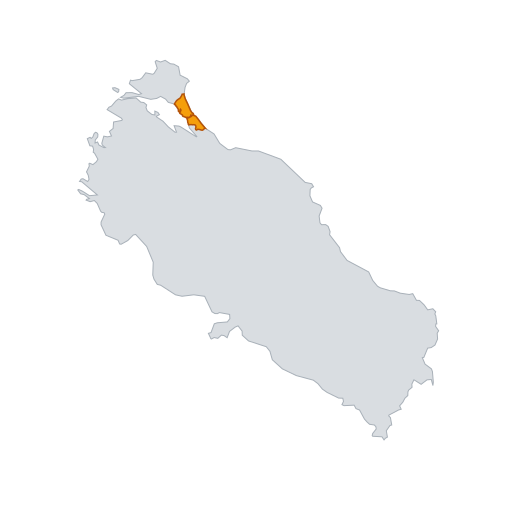 where Istanbul sits in Turkey, rotated 41°
{"feature_id": "TUR-2265", "entity_name": "Istanbul", "entity_type": "Province", "adm_level": 1, "iso_a3": "TUR", "parent_name": "Turkey", "parent_adm1": "", "projection": "mercator", "projection_center": [28.93, 41.208], "detail": "fine", "context": "in_parent", "style": "filled", "palette": "amber", "viewbox_px": 512, "rotation_deg": 41, "n_neighbors": 0, "source": "natural_earth", "source_scale": "10m", "svg_char_len": 5395}
<svg xmlns="http://www.w3.org/2000/svg" viewBox="0 0 512 512"><g transform="rotate(41 256 256)"><path d="M399.0,181.6L406.2,184.2L408.5,182.3L415.0,182.6L420.9,184.0L424.1,179.8L428.2,180.2L429.0,182.4L430.9,183.2L437.0,188.6L436.3,189.3L437.7,191.3L442.9,192.6L443.4,195.4L447.5,199.5L449.5,205.8L448.3,210.2L446.0,212.9L449.2,222.4L448.2,223.6L454.5,226.7L462.5,226.1L465.0,227.5L472.6,234.9L474.5,237.7L469.3,234.2L466.3,237.3L464.8,244.5L456.4,245.8L457.7,250.5L459.9,252.7L459.2,257.1L459.8,258.9L462.1,261.7L461.7,265.7L462.7,269.9L462.7,274.9L466.1,276.4L464.6,278.7L460.7,288.8L461.0,289.6L463.5,289.8L469.3,294.5L468.3,296.0L469.0,302.4L474.0,306.5L473.2,308.7L473.3,310.8L469.7,309.8L462.3,315.5L461.5,315.3L460.5,313.4L460.2,307.7L458.5,306.2L456.2,305.9L452.1,308.5L448.5,308.4L444.8,307.9L435.2,304.3L431.6,305.6L427.9,304.2L420.6,311.2L418.4,311.8L417.4,308.3L414.8,306.4L411.6,309.0L399.2,312.3L393.4,312.9L386.5,311.7L380.7,312.1L364.9,319.8L349.9,323.9L336.4,323.6L329.1,318.8L323.3,317.7L306.1,325.0L297.6,324.8L294.8,321.8L288.3,320.5L286.9,323.4L285.5,330.3L287.8,336.6L284.2,337.0L281.8,338.4L281.2,343.2L277.9,345.0L276.8,347.9L276.2,348.0L270.8,345.6L272.3,343.3L269.0,334.5L270.6,331.8L277.6,324.6L277.4,320.4L274.4,317.4L265.5,322.7L264.7,324.8L262.7,326.4L259.4,327.0L243.7,320.1L234.5,326.1L226.6,334.9L220.7,338.1L203.2,340.6L200.1,342.2L194.2,340.4L190.6,338.1L182.5,328.1L167.2,320.5L151.0,318.7L149.6,320.7L149.1,328.4L146.5,335.6L145.2,336.4L141.6,334.6L129.2,338.8L118.6,334.1L116.8,332.0L114.4,323.6L112.8,323.0L111.1,324.2L109.3,324.1L101.7,320.5L97.6,320.2L95.2,323.8L91.1,325.3L91.0,324.3L92.6,322.0L86.2,322.4L82.8,324.1L78.2,323.1L78.5,322.1L82.3,321.0L90.8,319.7L96.2,314.0L75.8,314.3L73.9,315.5L73.6,312.6L74.7,311.2L80.1,310.2L79.7,307.7L76.4,305.1L72.9,303.7L71.2,297.5L69.4,296.0L69.6,295.1L73.0,294.0L73.7,289.5L73.2,286.7L66.6,284.3L65.1,284.5L63.5,282.1L60.6,280.3L58.3,281.8L51.7,278.1L52.9,275.3L54.5,275.4L54.8,273.3L53.5,269.8L53.7,267.9L55.1,267.4L56.8,267.8L58.4,269.9L58.6,273.9L60.4,276.3L61.6,273.9L64.7,275.3L70.1,274.0L71.2,273.0L67.2,273.1L65.7,272.1L62.5,265.4L65.8,263.5L68.2,260.2L63.6,258.1L64.5,253.5L60.6,248.3L65.8,241.7L65.6,240.7L63.9,240.3L47.6,243.2L47.4,240.2L48.6,237.6L48.5,231.1L49.2,227.6L52.2,226.6L55.9,221.5L61.9,215.4L68.1,215.5L70.6,213.8L74.4,213.7L75.5,216.1L78.7,217.8L84.5,217.5L87.2,215.9L84.6,213.0L87.8,212.0L90.4,212.7L89.1,216.0L89.8,216.3L97.3,215.3L105.1,216.1L113.7,215.7L114.8,214.7L108.7,211.4L112.6,208.5L114.7,207.9L132.8,205.2L132.9,204.6L121.8,203.1L116.1,199.2L114.5,197.1L115.7,192.0L116.9,190.6L120.9,190.4L134.5,192.8L144.2,191.4L154.8,194.8L165.0,194.1L167.1,192.6L169.6,187.6L184.0,179.4L189.0,175.1L211.3,166.7L244.8,168.2L250.6,164.9L254.0,166.0L253.1,168.2L253.2,170.2L257.2,175.2L263.2,178.1L271.4,175.6L274.5,176.6L277.4,184.4L282.5,189.0L284.9,189.4L288.0,186.6L291.0,186.3L295.9,189.0L297.6,191.7L313.6,194.9L316.9,197.3L327.6,199.6L351.5,194.1L360.2,197.9L367.5,199.1L370.6,198.5L380.3,194.1L383.3,191.6L389.3,189.4L396.9,184.5L399.0,181.6ZM91.0,167.8L90.4,171.3L91.8,175.2L95.2,180.5L98.6,183.2L114.8,190.4L112.5,197.1L108.5,198.1L94.6,194.9L89.0,197.6L84.9,196.9L79.3,198.1L77.7,202.2L73.8,206.8L62.7,212.5L52.6,223.7L49.7,225.1L51.0,221.3L50.8,218.0L55.3,214.0L61.5,211.1L63.1,208.6L47.4,209.1L45.9,205.6L47.5,204.9L52.6,198.7L53.1,196.2L52.6,190.1L58.8,186.6L59.3,185.1L58.3,179.1L52.4,175.5L52.5,173.8L56.7,172.2L59.1,167.9L65.2,167.1L68.1,165.1L73.4,164.0L80.1,169.3L87.9,167.3L91.0,167.8ZM44.4,223.3L39.1,224.2L37.5,223.3L39.1,221.5L43.2,220.2L44.5,222.0L44.4,223.3Z" fill="#d9dde1" stroke="#a8b0b8" stroke-width="1"/><path d="M95.3,180.9L96.0,181.6L99.5,183.8L104.4,185.9L111.4,189.3L113.7,189.8L113.8,189.8L114.1,190.0L114.2,189.9L114.4,189.6L114.5,189.6L115.1,189.6L115.7,189.9L116.0,190.2L115.8,191.0L115.5,191.5L115.1,192.0L114.7,192.3L114.4,192.4L114.5,192.6L114.7,192.8L114.8,193.0L115.0,193.3L115.1,193.6L114.9,193.7L114.8,194.3L114.7,194.9L114.5,195.3L114.2,195.7L114.0,195.9L113.6,196.0L113.4,196.1L113.3,196.4L113.2,196.6L113.3,196.8L113.3,197.1L113.2,197.3L112.6,197.2L112.4,197.1L112.2,197.1L111.9,197.4L111.9,197.5L111.6,197.5L111.2,197.8L110.3,198.0L110.1,198.1L109.9,198.3L109.7,198.4L109.4,198.5L108.9,198.5L108.6,198.4L108.5,198.2L108.3,198.0L107.7,197.9L105.0,198.3L104.3,198.0L104.5,197.0L104.2,196.8L104.0,196.7L103.8,196.6L104.0,195.9L103.8,195.3L103.3,194.9L102.7,194.8L102.8,195.2L103.3,195.7L103.5,196.2L103.5,196.5L103.5,197.0L103.3,197.4L103.0,197.6L102.4,197.6L101.2,196.3L100.6,196.0L99.9,195.9L98.3,195.3L97.5,195.2L96.7,195.2L96.3,194.8L96.1,194.8L95.2,195.0L94.8,195.0L94.7,194.9L94.4,193.2L94.1,190.9L94.4,189.1L95.1,186.6L94.8,184.6L94.2,182.4L94.3,182.4L95.3,180.9L95.3,180.9ZM119.3,201.1L119.0,200.9L118.5,201.0L118.1,200.5L116.8,199.9L116.3,199.5L115.9,198.9L115.4,198.6L114.2,197.9L114.3,197.8L114.3,197.6L114.0,197.5L113.9,197.2L113.8,196.8L113.7,196.4L114.1,196.2L114.6,195.7L114.9,195.0L115.2,193.9L115.5,193.4L115.6,193.1L115.1,192.7L115.6,191.9L116.5,190.9L117.4,190.3L118.1,190.4L118.4,190.1L118.8,190.0L123.1,190.8L127.6,191.9L133.7,192.8L133.2,193.0L133.4,194.0L133.5,194.9L132.9,196.4L131.6,197.1L130.2,197.7L128.9,198.6L128.7,199.4L128.3,200.1L127.5,200.1L126.8,199.6L126.1,198.1L125.0,197.2L123.8,197.1L122.8,197.8L121.8,198.8L121.3,199.0L120.1,200.1L119.3,201.1Z" fill="#f59e0b" stroke="#b45309" stroke-width="1.5"/></g></svg>